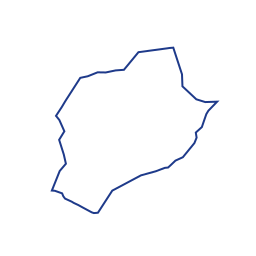 the district of Bayandelger, Sühbaatar, Mongolia, rotated 24°
{"feature_id": "93677404B18322501666911", "entity_name": "Bayandelger", "entity_type": "district", "adm_level": 2, "iso_a3": "MNG", "parent_name": "Mongolia", "parent_adm1": "Sühbaatar", "projection": "orthographic", "projection_center": [112.368, 45.634], "detail": "fine", "context": "isolated", "style": "outline", "palette": "blue", "viewbox_px": 256, "rotation_deg": 24, "n_neighbors": 0, "source": "geoboundaries", "source_scale": "gbopen_adm2", "svg_char_len": 786}
<svg xmlns="http://www.w3.org/2000/svg" viewBox="0 0 256 256"><g transform="rotate(24 128 128)"><path d="M198.7,67.7L188.0,72.9L178.7,74.0L160.8,67.8L155.5,57.0L136.7,36.2L133.4,38.0L131.7,39.1L106.7,54.5L100.6,76.5L93.3,80.4L85.1,86.3L77.6,89.5L70.2,97.1L64.0,101.6L60.0,127.6L59.7,129.8L59.0,135.7L57.3,146.2L62.0,148.6L71.2,156.9L69.9,166.8L80.1,178.3L85.8,185.9L83.1,195.0L83.9,216.1L86.7,215.1L94.4,214.5L96.7,216.7L99.2,218.1L106.7,218.2L108.8,218.5L114.0,218.6L118.6,219.0L123.8,219.4L129.2,219.8L131.4,219.6L134.0,218.2L135.0,217.6L139.1,191.6L159.1,166.0L170.9,156.3L177.9,149.4L180.7,147.8L182.3,144.1L184.6,138.5L190.0,132.4L194.8,114.8L194.6,108.9L191.8,104.6L195.1,97.1L194.5,90.5L193.9,83.4L194.4,79.5L198.7,67.7Z" fill="none" stroke="#1e3a8a" stroke-width="2"/></g></svg>